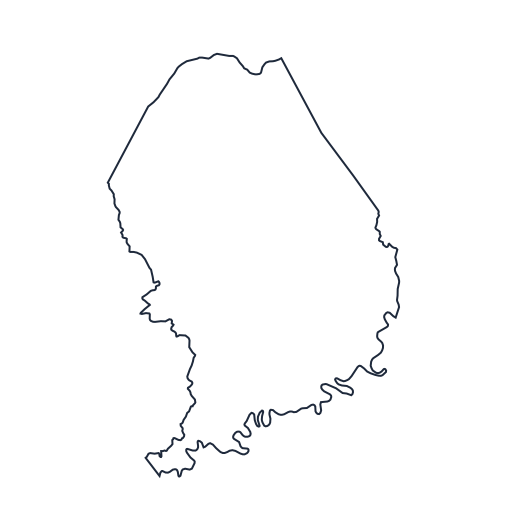 outline of Bonito Oriental, Colón, Honduras, rotated 171°
{"feature_id": "27666195B94434942697031", "entity_name": "Bonito Oriental", "entity_type": "district", "adm_level": 2, "iso_a3": "HND", "parent_name": "Honduras", "parent_adm1": "Colón", "projection": "robinson", "projection_center": [-85.72, 15.712], "detail": "fine", "context": "isolated", "style": "outline", "palette": "slate", "viewbox_px": 512, "rotation_deg": 171, "n_neighbors": 0, "source": "geoboundaries", "source_scale": "gbopen_adm2", "svg_char_len": 5998}
<svg xmlns="http://www.w3.org/2000/svg" viewBox="0 0 512 512"><g transform="rotate(171 256 256)"><path d="M127.7,173.3L122.7,183.1L122.7,185.6L123.6,189.3L123.6,190.5L122.4,194.6L121.2,201.3L118.9,207.1L118.5,208.9L118.8,213.0L120.4,216.8L121.0,219.5L120.9,221.2L120.5,222.5L118.1,225.2L118.2,229.0L118.6,233.1L115.4,240.2L116.5,241.9L118.4,242.5L120.0,243.7L122.6,247.3L123.1,247.1L123.8,245.4L124.6,244.6L125.4,244.4L126.4,244.8L128.6,247.3L128.6,249.8L131.3,251.4L132.0,252.2L131.8,253.7L129.7,256.3L130.3,258.3L130.0,260.6L130.3,261.1L133.1,263.7L133.5,264.5L133.6,265.4L132.3,267.5L131.0,270.7L130.6,273.8L128.1,276.7L128.6,278.6L127.9,280.3L128.1,281.7L147.2,319.8L172.2,367.4L200.1,447.4L202.6,446.5L206.4,445.8L208.8,445.7L212.4,446.1L215.8,445.5L217.6,444.1L220.2,441.4L222.2,436.7L222.7,436.0L224.0,435.3L226.8,435.3L228.5,435.6L231.3,436.7L233.5,438.1L235.5,441.4L238.3,443.2L239.3,445.6L241.9,449.7L243.9,454.3L246.3,456.5L247.4,457.2L251.2,457.8L262.9,461.8L266.2,461.1L270.2,458.9L272.0,458.4L278.2,460.4L281.0,460.8L283.0,460.1L294.0,459.2L299.1,457.1L302.7,455.1L304.2,453.9L308.2,449.0L313.8,444.0L316.9,440.0L325.8,430.5L327.5,428.2L333.0,424.0L339.1,420.5L390.9,351.6L390.0,350.3L390.3,348.7L390.0,345.4L388.5,343.3L386.8,339.3L387.2,337.3L386.8,334.2L387.6,330.0L387.1,327.3L386.7,326.2L384.5,323.0L383.8,321.0L383.9,319.9L385.0,317.9L386.2,313.3L385.2,311.2L384.9,309.6L385.3,305.5L383.4,303.3L383.2,302.5L383.7,301.7L385.6,300.3L384.6,297.9L384.6,296.9L384.9,296.0L384.7,295.3L383.9,294.7L381.5,293.8L380.9,293.1L381.5,290.9L381.6,289.5L380.9,287.8L379.3,285.3L380.3,280.3L379.6,279.7L376.3,279.2L373.2,278.0L368.8,275.0L366.1,270.2L363.1,261.0L361.8,258.9L361.3,251.6L361.3,246.0L360.7,245.6L359.6,245.6L356.4,246.3L356.0,245.8L355.5,244.3L355.8,243.0L356.5,242.3L358.8,242.0L359.6,241.5L360.0,239.5L360.7,238.5L361.6,238.2L363.6,238.3L365.4,238.0L370.1,235.1L374.6,233.1L374.9,232.1L374.6,230.9L372.8,229.3L370.3,226.2L368.7,224.8L368.5,224.3L374.2,221.0L378.7,217.9L379.1,217.2L377.8,216.6L373.6,216.8L370.3,215.9L370.0,215.0L370.8,210.8L370.7,209.5L369.9,208.3L367.9,207.1L365.8,206.7L360.2,206.5L355.7,205.6L351.5,207.1L349.7,206.4L349.1,205.0L349.8,202.6L348.2,201.1L348.6,200.4L350.5,198.9L351.2,197.3L351.2,196.5L350.2,195.3L348.4,194.1L347.4,192.9L347.1,191.8L347.3,189.5L347.1,188.9L346.2,188.9L343.9,189.8L338.1,188.5L335.5,185.7L335.0,184.3L334.9,182.9L336.2,176.4L333.8,170.8L331.5,167.8L331.9,166.9L333.5,165.2L334.8,161.7L336.7,157.9L338.9,154.7L342.7,147.8L342.7,146.1L342.0,144.5L341.3,143.6L339.1,142.0L338.7,140.6L339.0,139.7L339.7,138.9L341.6,137.4L343.8,136.5L344.1,135.5L342.6,133.3L342.1,131.6L342.1,129.8L341.4,127.9L338.8,123.8L338.8,120.9L339.3,120.2L341.7,118.3L342.1,117.5L343.3,117.7L343.9,117.4L346.4,113.0L348.5,111.8L350.4,108.3L353.1,105.5L354.5,102.9L355.2,102.3L356.8,101.8L356.9,100.1L355.4,97.4L355.5,96.4L356.2,94.8L355.6,92.4L354.8,90.7L355.3,89.1L356.6,87.7L357.6,87.5L358.4,86.3L359.4,85.9L361.4,86.5L364.9,88.9L366.0,89.0L366.6,87.9L367.5,87.3L367.9,83.3L369.4,81.9L373.2,79.4L374.6,77.7L375.4,77.5L376.8,78.2L378.3,77.9L380.2,78.2L380.7,73.0L381.2,72.3L381.7,72.4L382.5,73.4L382.5,75.7L383.0,76.6L387.1,76.6L391.3,77.9L393.1,77.5L395.3,74.7L396.6,73.9L385.7,53.8L384.3,57.0L382.8,58.3L382.1,58.3L379.2,56.3L376.9,55.8L374.9,56.3L371.6,58.0L369.3,58.1L368.1,57.6L367.4,56.7L367.0,55.0L367.0,51.1L366.7,50.4L366.1,50.2L365.0,50.8L362.9,55.5L361.8,56.6L359.3,57.0L354.9,55.4L352.6,56.0L349.1,61.0L348.7,62.6L349.1,63.6L352.3,67.3L355.0,72.6L355.4,74.1L355.2,75.6L354.7,76.2L353.9,76.2L349.0,73.8L346.3,73.3L345.3,73.6L344.1,74.5L343.2,75.9L342.9,77.5L342.8,81.3L342.4,82.2L341.9,82.5L340.3,81.8L338.7,80.1L337.7,75.2L336.0,75.6L332.4,77.9L330.6,78.3L328.0,76.4L325.5,72.5L323.0,69.4L321.7,67.9L319.6,66.6L317.8,66.3L314.9,66.9L312.6,67.8L309.7,67.9L306.8,66.7L302.3,63.3L300.1,62.2L298.3,61.9L295.9,62.6L294.9,63.3L294.0,64.4L293.7,65.7L293.9,66.5L294.6,67.1L299.3,68.3L300.0,68.9L301.0,70.4L301.8,74.9L306.4,78.9L306.9,79.9L306.9,80.9L306.3,82.3L304.4,84.3L302.6,85.3L301.2,85.4L299.9,85.1L299.0,84.4L297.3,81.3L296.2,80.0L295.0,79.2L292.5,78.8L290.9,79.1L289.8,79.7L289.1,81.2L289.2,83.2L290.9,87.4L293.6,90.3L293.8,91.3L293.3,92.3L291.0,94.5L287.2,100.2L285.0,101.8L283.8,101.3L282.6,99.8L282.9,94.0L282.2,90.0L281.3,87.9L280.1,87.1L279.3,87.2L279.0,87.6L279.9,93.7L279.2,97.0L276.8,100.7L274.2,102.4L273.5,102.0L273.3,100.8L275.0,97.0L275.8,93.9L275.9,92.6L275.6,90.5L274.4,87.1L273.2,86.3L271.6,86.3L270.1,86.9L269.0,87.8L268.1,89.2L267.2,93.0L267.5,97.2L267.3,98.8L266.4,101.2L265.4,101.8L263.3,101.1L261.4,98.7L258.5,96.2L256.5,95.3L255.0,95.1L252.9,95.3L248.6,96.8L246.7,97.1L244.7,96.7L243.1,95.8L240.5,95.7L235.2,98.2L233.8,98.3L229.5,97.9L224.6,100.2L222.8,100.3L221.6,99.5L221.0,98.1L221.5,93.3L221.1,92.0L220.0,90.5L218.4,90.0L217.0,90.9L215.8,93.3L215.7,99.3L214.7,101.5L208.2,101.1L206.5,101.5L205.0,102.5L203.7,105.0L203.7,106.4L204.6,107.8L209.9,111.7L211.5,113.8L212.1,115.3L212.0,116.7L211.5,117.9L210.4,118.6L207.4,118.7L206.2,118.3L197.6,112.8L191.9,107.1L188.0,106.0L183.7,103.6L182.4,104.5L181.5,106.3L181.4,108.1L182.1,109.6L183.4,111.1L186.6,113.4L191.5,114.7L194.5,116.3L195.7,117.7L196.8,120.0L197.2,121.5L196.7,122.4L196.0,122.7L194.9,122.4L192.1,120.2L189.1,118.6L187.5,118.6L185.1,119.2L183.4,119.9L180.4,122.4L173.1,130.4L171.8,131.2L170.8,131.4L169.6,130.9L166.8,128.0L164.3,124.5L161.1,122.2L156.8,119.9L153.6,118.6L151.4,118.1L149.7,118.5L145.8,121.1L145.4,122.5L146.0,124.0L146.8,124.4L147.5,124.3L150.0,122.3L152.0,121.4L153.5,121.2L155.1,121.6L155.9,122.1L158.6,124.7L159.4,127.0L159.9,129.6L158.8,133.6L157.5,135.6L156.2,136.7L150.8,139.2L147.8,141.0L146.2,143.0L145.0,145.3L144.5,147.8L144.9,150.3L145.7,151.7L148.1,154.6L148.9,156.3L148.9,157.9L148.2,160.5L147.7,161.5L147.0,161.9L138.6,165.1L137.3,165.7L136.6,166.4L136.3,167.7L137.4,169.8L138.7,173.4L139.0,175.7L138.5,177.3L136.2,179.4L134.8,179.8L132.8,179.0L129.8,175.1L127.7,173.3Z" fill="none" stroke="#1e293b" stroke-width="2"/></g></svg>